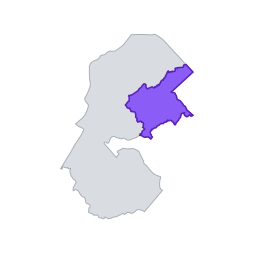 North-Western highlighted on a map of Zambia, rotated 138°
{"feature_id": "ZMB-521", "entity_name": "North-Western", "entity_type": "Province", "adm_level": 1, "iso_a3": "ZMB", "parent_name": "Zambia", "parent_adm1": "", "projection": "albers", "projection_center": [25.141, -12.794], "detail": "fine", "context": "in_parent", "style": "filled", "palette": "violet", "viewbox_px": 256, "rotation_deg": 138, "n_neighbors": 0, "source": "natural_earth", "source_scale": "10m", "svg_char_len": 8884}
<svg xmlns="http://www.w3.org/2000/svg" viewBox="0 0 256 256"><g transform="rotate(138 128 128)"><path d="M164.1,166.1L154.5,165.9L151.0,166.6L148.1,167.8L144.7,169.6L142.7,170.8L142.1,171.6L141.8,173.1L141.8,175.6L141.4,177.3L140.4,178.9L135.2,180.8L131.8,182.4L128.4,184.2L125.9,186.6L124.1,189.6L121.2,193.3L115.2,199.9L111.8,201.2L108.9,200.9L105.4,199.5L102.6,199.2L100.6,200.0L98.7,199.8L97.0,198.4L95.5,197.9L94.3,198.2L92.8,198.2L90.1,197.4L87.7,195.0L86.4,194.0L85.4,193.7L82.5,193.3L76.0,192.8L69.2,194.0L63.2,195.2L57.1,190.0L51.1,184.4L49.9,183.0L47.7,181.1L46.1,180.2L45.4,179.8L43.8,174.8L42.9,170.2L42.3,126.1L69.5,125.8L71.2,125.6L71.3,125.2L70.0,122.8L70.1,122.0L70.4,120.4L71.6,117.2L71.7,116.1L71.1,112.6L71.1,110.7L71.4,106.7L71.2,105.4L71.9,103.6L72.1,102.5L72.3,102.0L72.0,100.6L71.4,95.9L71.1,94.0L72.8,94.3L73.3,95.2L73.6,96.3L74.4,96.3L76.3,96.9L77.0,97.8L77.4,99.7L77.2,100.6L76.6,101.4L77.2,102.1L78.5,102.6L79.2,102.4L81.4,101.1L83.5,100.7L84.5,100.3L89.0,99.5L89.9,99.0L90.5,99.0L91.0,99.4L90.6,100.7L90.4,101.9L91.0,104.1L91.4,105.2L92.4,105.9L93.0,106.3L93.8,107.1L95.4,107.0L98.8,108.1L99.9,108.7L101.3,109.2L102.4,109.4L105.9,109.8L109.7,110.5L111.6,110.5L113.0,110.4L114.0,110.1L114.6,109.7L114.8,109.4L116.3,105.2L117.0,104.8L117.9,104.6L118.5,105.0L119.1,107.7L121.8,110.1L122.7,112.2L123.3,113.9L123.9,114.4L125.0,115.0L126.6,115.2L128.1,115.3L135.3,118.3L136.1,118.9L137.0,120.4L137.5,122.2L138.1,123.6L139.0,123.9L139.9,124.0L140.7,125.0L141.3,125.9L143.4,129.4L143.7,130.8L144.7,131.7L146.1,132.1L147.4,132.2L148.2,131.8L150.1,131.1L151.5,130.3L152.6,130.0L153.2,130.2L153.7,130.8L154.0,132.5L155.0,133.2L155.8,132.9L156.1,132.3L156.1,131.9L156.4,113.7L155.7,113.9L154.9,114.4L153.0,114.4L152.2,114.8L151.9,115.3L152.1,116.1L152.1,117.1L151.8,117.6L151.0,117.8L149.7,117.4L147.5,116.8L145.7,116.5L144.4,115.1L142.6,113.0L141.4,112.0L138.6,109.8L138.1,109.3L137.3,108.3L136.6,106.6L135.9,104.6L135.5,103.4L136.2,101.5L138.0,95.2L138.4,93.2L139.8,91.3L139.9,89.5L139.4,87.2L139.6,85.9L139.8,78.7L139.5,76.4L138.6,73.9L136.6,70.4L136.6,69.6L139.8,67.4L140.8,66.5L142.5,64.7L143.6,63.2L144.3,61.9L144.6,60.3L144.1,58.7L145.2,58.4L171.7,54.8L172.0,55.9L172.8,57.7L173.7,59.1L174.8,60.2L175.7,61.0L176.3,61.2L180.4,61.2L181.9,61.9L183.1,62.9L183.4,64.2L184.2,65.1L185.1,65.8L185.5,65.9L186.1,65.8L187.2,65.8L188.2,66.1L188.7,66.4L188.7,67.6L189.0,68.1L190.4,68.3L191.8,68.5L193.1,69.3L194.6,69.5L196.2,69.8L197.0,70.7L198.8,71.6L200.9,72.4L203.3,73.8L203.3,74.2L203.7,74.9L204.1,75.5L204.2,76.3L204.3,77.0L204.9,77.2L205.5,77.3L205.9,76.8L206.6,76.8L207.3,77.2L207.5,78.0L208.0,79.2L208.9,80.0L209.5,80.8L209.2,82.1L208.8,83.4L210.0,84.7L211.5,85.9L211.9,86.4L212.0,88.2L212.2,88.8L213.2,90.3L213.7,91.2L213.6,91.8L210.7,94.6L208.9,95.0L208.1,95.5L207.7,96.1L208.7,99.0L209.3,100.1L208.7,101.5L207.5,103.8L207.0,104.0L206.8,105.7L207.2,106.4L207.7,106.9L207.9,108.1L207.8,111.0L207.0,114.4L208.1,117.3L208.6,117.7L210.3,117.7L210.6,118.0L210.2,118.8L208.9,120.1L206.6,121.0L203.3,122.0L202.6,123.0L202.2,124.6L202.5,125.5L202.9,126.0L202.7,127.3L202.4,128.8L202.5,129.9L202.3,130.9L201.9,131.3L201.2,132.8L200.5,134.3L199.9,134.9L199.1,135.6L197.8,136.2L197.8,136.5L199.2,137.2L199.6,137.7L199.7,138.0L199.1,138.8L199.8,139.3L200.6,139.7L201.3,140.7L202.1,142.6L202.3,142.8L202.5,142.8L203.0,142.6L203.9,141.9L204.6,141.6L205.3,142.8L191.7,147.0L188.5,147.8L183.8,149.4L182.2,149.9L181.0,150.5L168.4,153.8L166.4,154.5L162.0,156.3L161.8,156.6L161.8,157.4L162.2,159.2L162.9,160.7L163.6,161.7L163.9,164.0L164.1,166.1Z" fill="#d9dde1" stroke="#a8b0b8" stroke-width="1"/><path d="M42.4,136.4L42.3,126.1L71.8,125.8L71.6,125.3L71.3,124.8L71.0,124.4L70.2,123.6L69.9,123.1L69.8,122.7L69.9,122.1L70.1,121.4L70.7,119.3L70.9,118.8L72.0,117.1L72.1,116.9L72.2,116.6L72.0,115.9L71.9,115.0L71.8,114.6L71.4,114.3L71.1,113.8L71.0,113.1L71.2,109.1L71.5,108.4L71.5,108.2L71.5,107.8L71.4,106.7L71.0,105.8L71.0,105.4L71.1,105.1L71.3,104.5L71.7,103.9L71.8,103.7L71.8,103.1L71.8,102.8L71.9,102.5L72.4,102.2L72.5,102.0L72.5,101.8L71.9,100.4L71.8,100.0L71.8,97.8L71.6,97.8L71.5,97.6L71.5,97.0L71.5,96.2L71.7,95.6L71.6,95.4L71.3,95.0L71.2,94.7L71.1,94.0L71.6,94.0L72.3,94.1L73.0,94.4L73.3,94.7L73.2,95.2L73.4,95.8L73.3,96.3L73.4,96.5L74.0,96.4L74.3,96.4L75.1,96.6L75.9,96.6L76.3,96.8L76.7,97.0L77.1,97.4L77.2,97.7L77.2,97.8L76.9,98.1L76.9,98.3L77.0,98.5L77.4,98.9L77.4,99.1L77.5,99.4L77.4,100.0L76.8,101.0L76.6,101.2L76.0,101.4L75.8,101.6L76.0,101.8L76.2,102.0L77.1,102.0L77.4,102.2L77.9,102.7L78.2,102.8L78.5,102.8L78.8,102.8L79.5,102.5L79.9,102.5L80.0,102.4L80.1,102.1L80.3,101.8L81.0,101.6L81.5,101.0L82.1,100.7L83.2,100.7L83.8,100.6L84.9,100.1L85.5,99.9L86.0,99.9L88.1,99.7L89.0,99.5L90.4,98.8L90.9,98.8L91.0,98.9L91.1,100.1L90.5,100.5L90.8,100.8L90.7,101.1L90.4,101.4L90.4,101.8L90.5,102.1L90.9,102.9L90.9,103.1L90.7,103.3L90.7,103.5L90.7,103.9L91.1,105.1L91.4,105.5L91.5,105.5L92.0,105.6L92.3,105.9L93.1,106.3L93.4,106.6L93.4,106.8L93.2,107.2L93.3,107.4L93.6,107.5L93.9,107.5L94.2,107.2L94.5,107.1L94.6,106.8L94.7,106.7L95.4,106.8L95.9,107.1L96.4,107.5L96.9,107.8L97.2,107.9L98.0,107.9L98.6,107.7L98.8,107.7L99.7,108.5L100.0,108.6L100.2,108.8L100.4,109.3L100.7,109.4L103.4,109.4L103.7,109.5L104.3,109.8L104.8,109.8L105.1,110.0L105.3,110.0L105.9,109.6L106.4,109.6L107.0,109.5L107.4,109.6L108.1,110.3L108.6,110.5L109.8,110.5L110.4,110.7L110.9,111.0L111.1,111.1L111.4,111.1L111.7,110.9L111.8,110.6L112.0,110.4L113.1,110.5L113.7,110.4L114.3,110.0L114.8,109.5L115.1,109.0L115.2,107.7L115.3,107.2L115.9,106.4L115.9,106.0L115.8,105.4L115.8,105.1L116.0,104.9L116.6,104.9L117.1,104.7L117.7,104.7L118.3,104.5L118.5,104.9L118.6,105.5L118.7,106.3L118.7,106.8L119.0,108.1L121.7,109.8L122.4,111.0L122.5,111.6L123.2,113.7L123.4,114.0L124.2,114.6L123.5,115.1L123.2,115.2L123.0,115.5L122.8,115.4L122.4,115.3L122.3,115.2L121.8,114.6L121.6,114.7L121.1,115.1L120.8,115.2L120.5,115.5L120.0,115.7L119.8,116.0L119.6,116.1L117.7,115.9L117.1,116.0L116.3,115.9L116.5,116.7L116.5,117.2L116.3,117.5L116.3,117.8L116.5,118.4L116.6,118.6L115.9,118.8L115.6,119.0L114.7,120.1L114.5,120.3L114.0,120.3L113.8,120.4L113.6,120.8L113.4,121.6L113.2,121.9L113.3,122.1L113.5,122.3L113.6,122.6L114.1,123.0L114.1,123.4L113.7,124.0L113.8,124.2L114.2,124.5L114.4,124.8L114.8,124.9L115.1,125.1L115.5,125.1L115.7,125.5L115.9,125.6L116.0,125.8L116.6,125.8L116.8,125.9L116.4,127.6L116.3,127.8L116.1,128.1L115.2,128.7L114.9,129.0L114.9,129.5L114.9,129.8L115.1,130.1L115.1,130.5L115.0,130.9L114.7,131.3L114.4,131.5L114.0,132.1L113.4,132.4L113.3,132.6L113.0,133.5L112.6,133.9L112.4,134.5L112.3,135.5L112.5,136.0L113.5,136.7L113.7,137.1L113.8,137.4L114.0,137.7L114.6,138.0L114.7,138.4L114.2,139.2L114.1,139.5L114.0,139.9L114.0,141.0L113.8,141.1L113.4,141.3L113.4,141.5L113.9,141.8L114.1,142.0L114.8,142.9L115.0,143.4L115.1,143.7L115.0,144.0L114.6,144.6L114.7,146.4L114.6,146.7L114.3,147.0L112.5,147.0L112.3,147.1L111.7,147.4L111.5,147.5L110.3,147.4L110.1,147.4L110.0,147.6L109.9,147.6L109.3,147.4L109.1,147.4L108.9,147.5L108.5,147.8L107.9,148.7L107.0,149.5L106.4,150.2L106.2,150.5L106.2,151.2L105.6,151.4L105.5,151.5L105.4,151.4L105.1,151.1L104.4,150.8L104.1,150.7L103.7,150.6L103.3,150.0L95.3,149.0L94.8,149.1L94.3,149.5L93.9,149.5L93.3,149.7L92.7,149.7L92.0,149.4L90.9,149.4L90.4,149.6L89.8,149.7L89.1,150.0L88.5,150.1L87.7,150.1L87.0,150.2L86.7,150.2L86.4,150.0L85.9,149.3L85.8,149.0L85.8,148.5L85.8,148.0L85.9,147.7L86.8,147.4L87.1,147.0L87.1,146.3L87.2,146.0L87.5,145.4L87.6,145.1L87.6,144.4L87.5,144.2L87.3,143.9L87.2,143.9L86.6,144.0L86.4,144.0L84.6,143.1L83.5,142.9L82.6,142.5L82.4,142.1L82.3,141.4L82.2,140.9L81.5,140.1L81.4,140.1L81.0,140.3L80.9,140.7L80.7,140.7L80.7,140.2L80.4,140.2L80.4,140.5L80.0,140.5L79.9,140.5L79.7,140.2L79.4,140.0L78.9,139.5L78.7,139.7L78.5,139.8L78.7,140.0L78.1,140.0L77.9,140.2L77.7,139.9L77.5,140.1L77.3,140.1L76.7,139.9L76.6,139.5L76.5,139.3L76.3,139.2L76.2,139.1L76.1,139.3L76.0,139.5L76.2,139.8L75.8,139.8L75.2,139.4L74.6,139.5L74.1,139.7L73.9,140.0L73.6,140.1L73.4,140.1L73.2,140.0L72.9,140.4L72.7,140.4L72.0,140.7L71.7,140.8L71.1,140.6L70.5,140.8L70.0,140.6L69.7,140.6L69.4,140.4L69.4,140.1L69.2,140.2L68.9,140.5L68.4,140.7L67.9,141.0L67.7,140.9L67.5,140.7L67.2,140.6L66.5,141.0L65.9,141.1L65.1,141.7L63.6,142.1L63.2,142.3L62.6,142.8L62.0,142.8L61.8,142.9L61.4,143.2L61.2,143.3L60.6,143.4L60.6,143.1L60.6,142.9L60.0,143.2L60.0,142.9L60.6,142.0L60.5,141.9L59.3,141.8L59.1,141.7L58.8,141.4L58.8,140.7L58.5,140.6L58.2,140.5L57.7,140.7L57.5,140.8L57.3,140.8L57.2,140.6L57.1,140.2L56.8,139.9L55.5,139.1L55.1,138.9L54.9,138.9L54.5,139.4L53.6,139.5L53.4,140.6L53.1,140.8L52.9,140.7L52.5,140.5L52.0,140.3L51.8,140.0L51.6,139.8L51.4,139.8L51.3,139.6L50.6,139.6L50.3,139.3L50.0,138.9L49.0,138.3L46.9,136.6L46.4,136.3L46.1,136.2L45.8,136.3L45.6,136.6L45.3,136.9L45.2,137.1L44.7,137.4L44.0,137.4L43.2,136.7L42.7,136.5L42.4,136.4Z" fill="#8b5cf6" stroke="#5b21b6" stroke-width="1.5"/></g></svg>